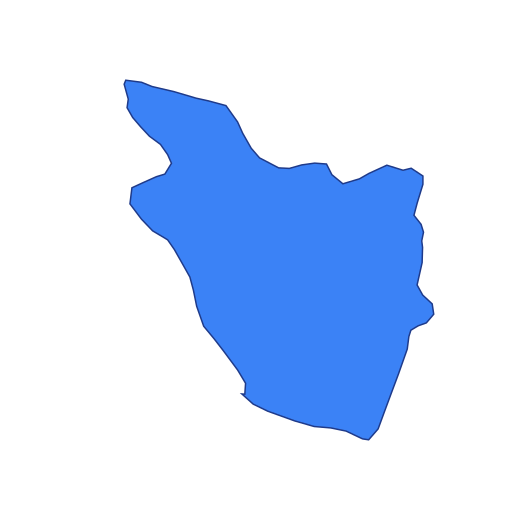 outline of Sunne, Värmland, Sweden, rotated 22°
{"feature_id": "70781695B71435448631031", "entity_name": "Sunne", "entity_type": "district", "adm_level": 2, "iso_a3": "SWE", "parent_name": "Sweden", "parent_adm1": "Värmland", "projection": "robinson", "projection_center": [13.058, 59.895], "detail": "fine", "context": "isolated", "style": "filled", "palette": "blue", "viewbox_px": 512, "rotation_deg": 22, "n_neighbors": 0, "source": "geoboundaries", "source_scale": "gbopen_adm2", "svg_char_len": 1182}
<svg xmlns="http://www.w3.org/2000/svg" viewBox="0 0 512 512"><g transform="rotate(22 256 256)"><path d="M69.4,141.8L69.4,146.1L78.8,158.4L80.9,166.8L89.8,173.8L100.8,179.5L112.4,184.9L125.6,188.3L136.1,195.1L142.9,201.7L140.8,214.2L133.9,219.8L123.9,230.2L115.4,239.2L119.6,254.9L135.9,264.7L150.7,271.4L168.0,274.1L177.9,280.6L191.0,291.0L202.6,300.3L210.8,311.2L219.8,324.8L233.8,340.7L247.9,348.3L261.1,356.0L281.7,368.6L294.0,377.9L297.4,388.3L294.6,389.2L308.9,394.4L325.2,395.5L353.8,394.4L373.8,392.3L389.7,387.4L405.0,384.6L422.4,385.6L423.5,385.6L429.3,384.2L434.0,370.6L433.4,352.0L432.8,331.2L432.3,312.1L431.1,285.6L427.9,273.4L427.4,266.8L430.6,262.5L432.7,259.8L439.0,254.2L442.6,243.4L437.3,234.4L425.2,229.8L416.2,222.5L412.5,199.9L407.2,185.6L404.0,179.9L402.4,171.2L397.2,164.8L387.2,159.1L385.6,146.4L383.9,127.0L380.8,119.3L367.0,116.5L360.2,121.4L343.3,122.8L329.8,137.1L323.0,145.7L309.5,156.5L295.9,152.2L286.9,144.3L275.6,147.9L264.3,154.4L254.1,162.3L244.0,165.8L222.5,163.7L211.2,157.9L197.7,147.2L188.7,138.6L171.8,127.8L153.7,130.0L141.3,132.1L118.7,134.3L96.1,137.8L84.8,137.8L69.4,141.8Z" fill="#3b82f6" stroke="#1e3a8a" stroke-width="1.5"/></g></svg>